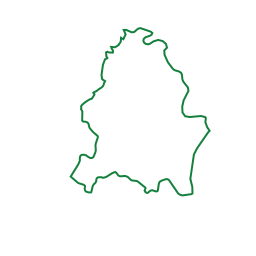 outline of Viterbo, rotated 242°
{"feature_id": "ITA-5423", "entity_name": "Viterbo", "entity_type": "Province", "adm_level": 1, "iso_a3": "ITA", "parent_name": "Italy", "parent_adm1": "", "projection": "natural_earth1", "projection_center": [11.993, 42.499], "detail": "fine", "context": "isolated", "style": "outline", "palette": "green", "viewbox_px": 256, "rotation_deg": 242, "n_neighbors": 0, "source": "natural_earth", "source_scale": "10m", "svg_char_len": 2802}
<svg xmlns="http://www.w3.org/2000/svg" viewBox="0 0 256 256"><g transform="rotate(242 128 128)"><path d="M87.2,198.7L86.6,196.8L77.6,179.4L73.7,173.8L53.9,159.2L45.7,157.1L39.4,153.9L39.5,153.9L42.8,144.7L43.3,144.0L44.0,143.2L45.4,142.2L46.3,141.7L47.2,141.5L62.4,139.8L63.2,139.5L63.8,139.2L64.4,138.7L64.9,137.6L65.3,136.1L65.7,133.0L65.7,131.4L65.4,130.3L64.9,129.8L64.0,128.8L59.3,125.4L58.8,124.9L58.4,124.3L58.6,123.5L59.2,122.5L61.7,120.2L62.1,118.8L62.0,117.8L61.9,116.9L61.7,116.2L61.5,115.4L61.6,114.6L62.1,113.9L63.4,113.3L64.3,113.2L65.1,113.4L66.3,115.0L66.9,115.3L67.5,115.2L75.9,111.6L76.5,111.3L77.1,110.8L77.5,110.3L79.6,107.2L80.4,106.5L81.2,106.0L84.2,105.1L85.4,104.4L86.5,103.5L87.0,102.8L87.5,101.9L88.8,98.8L89.2,98.3L89.6,97.8L90.0,97.6L90.5,97.3L91.1,97.1L93.7,96.7L94.4,96.5L95.1,96.1L95.4,94.5L95.5,92.0L95.0,85.9L95.4,83.7L95.9,82.3L96.6,81.9L97.0,81.4L97.7,80.2L98.3,78.8L98.5,78.0L98.4,77.1L97.9,76.3L96.5,75.3L95.6,74.5L94.9,73.5L94.3,71.1L93.5,70.0L92.9,69.2L88.5,65.4L89.1,63.8L89.4,63.3L91.4,61.2L92.2,60.9L93.1,60.8L94.6,61.2L95.4,61.7L96.6,62.7L97.4,62.8L98.6,62.3L102.7,58.3L104.0,57.7L112.0,54.6L119.2,67.0L121.7,70.1L123.8,71.2L125.4,72.4L125.9,73.4L126.0,74.3L125.8,75.0L125.5,75.7L125.2,76.3L124.8,76.9L124.3,77.5L123.1,78.4L121.2,79.3L120.0,80.0L119.3,80.6L118.8,81.3L118.4,82.5L118.5,83.4L118.8,84.1L121.8,87.7L122.8,88.6L123.6,89.2L127.9,91.1L129.6,92.4L133.6,96.7L134.5,97.3L135.2,97.4L135.9,97.2L140.9,95.2L145.8,94.2L146.6,94.2L149.9,95.0L150.8,95.0L151.6,94.9L152.3,94.5L152.8,94.1L153.3,93.6L154.5,91.8L155.0,91.3L155.5,91.0L156.2,91.1L164.1,95.5L166.7,95.4L167.0,95.8L169.3,96.9L170.1,98.7L170.9,102.7L171.3,107.1L170.9,109.9L173.2,114.0L173.7,114.3L174.5,114.0L175.3,113.9L175.6,114.8L175.4,117.6L175.9,120.2L176.2,123.7L176.7,125.5L177.3,126.4L179.2,128.3L180.1,129.8L183.1,128.1L187.1,129.4L195.5,135.5L199.4,139.9L199.5,140.4L199.3,142.2L199.4,142.6L199.9,142.7L201.2,142.5L201.7,142.6L202.5,143.1L204.3,143.7L205.1,144.2L205.1,145.5L204.1,146.2L203.3,147.2L201.7,150.0L203.0,150.9L204.4,151.1L205.8,150.8L207.2,151.3L207.4,151.3L205.4,154.4L205.6,158.4L207.6,162.1L210.9,164.2L208.6,165.6L211.7,169.8L216.4,170.3L216.6,170.3L215.4,172.5L211.0,176.0L209.9,178.1L210.1,179.9L210.7,181.8L210.9,184.0L210.3,185.9L202.4,193.3L200.5,194.1L199.3,192.6L199.2,190.4L199.9,186.0L199.3,183.8L198.1,182.7L196.7,182.3L195.1,182.5L193.8,183.3L192.5,185.0L192.1,186.9L192.5,191.3L191.6,196.0L188.5,199.4L184.4,201.0L180.6,200.1L179.4,196.4L175.3,194.6L167.3,194.1L159.0,195.4L157.2,196.3L153.8,199.7L151.8,200.8L149.6,200.6L145.2,198.8L143.0,198.6L135.7,199.9L132.4,198.8L126.3,190.1L121.4,185.9L116.1,183.4L111.5,184.0L108.7,187.7L104.3,198.1L101.4,201.3L100.2,201.4L96.7,199.0L91.5,198.3L87.2,198.7Z" fill="none" stroke="#15803d" stroke-width="2"/></g></svg>